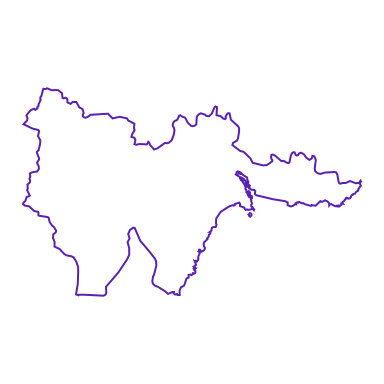 the district of Kutai Timur, Kalimantan Timur, Indonesia
{"feature_id": "22746128B75924443266043", "entity_name": "Kutai Timur", "entity_type": "district", "adm_level": 2, "iso_a3": "IDN", "parent_name": "Indonesia", "parent_adm1": "Kalimantan Timur", "projection": "orthographic", "projection_center": [118.078, 0.931], "detail": "fine", "context": "isolated", "style": "outline", "palette": "violet", "viewbox_px": 384, "rotation_deg": 0, "n_neighbors": 0, "source": "geoboundaries", "source_scale": "gbopen_adm2", "svg_char_len": 6017}
<svg xmlns="http://www.w3.org/2000/svg" viewBox="0 0 384 384"><path d="M43.3,88.8L41.4,95.9L40.5,97.2L40.2,98.9L40.7,99.7L38.5,104.6L38.4,106.3L37.2,107.2L37.4,108.4L35.4,109.9L34.0,108.7L30.7,110.2L26.4,115.4L27.5,118.1L27.0,120.6L23.5,124.2L32.3,128.5L38.3,130.0L39.1,131.1L38.0,136.1L40.3,140.3L40.1,143.8L38.6,150.3L36.9,151.7L36.8,152.6L39.1,158.4L39.0,159.5L37.0,162.7L38.7,166.4L38.9,168.9L37.2,171.5L31.7,172.4L29.8,173.6L30.3,176.5L29.4,178.8L30.2,180.4L29.8,182.5L27.4,184.7L27.8,188.2L27.1,190.1L29.8,195.6L28.9,196.3L26.7,196.9L25.4,200.9L23.4,202.9L23.0,204.2L25.1,205.7L29.2,206.4L34.2,211.0L38.0,211.8L38.5,212.9L38.3,215.0L38.9,215.7L47.8,217.1L48.7,217.8L49.6,221.9L51.8,225.3L54.2,227.3L56.2,230.9L55.7,232.4L53.3,234.3L53.0,237.9L54.6,241.9L54.5,246.6L59.7,249.1L64.3,254.0L66.3,255.3L71.0,256.2L73.6,257.3L76.3,261.7L78.1,267.0L78.2,272.1L77.8,283.7L76.0,294.4L78.4,295.2L78.5,294.8L83.5,294.7L103.3,295.7L104.9,295.1L105.9,294.1L106.3,292.5L106.0,286.8L118.4,272.4L126.7,260.0L129.2,255.0L129.2,248.1L127.6,242.2L129.6,238.4L128.2,234.0L130.0,229.9L133.1,227.8L134.7,227.9L140.2,240.7L148.7,250.7L154.9,258.6L156.0,260.9L156.4,265.3L153.9,275.2L153.1,276.2L152.3,281.2L152.9,283.7L154.8,285.6L157.7,286.7L165.2,291.3L168.0,293.9L172.3,292.1L173.9,292.0L173.6,293.2L175.0,294.5L177.1,294.1L177.5,295.0L179.7,295.0L179.6,290.5L181.1,287.1L183.6,286.0L184.4,284.9L186.5,278.5L188.6,277.6L188.6,274.9L191.0,274.6L191.4,275.1L192.9,274.1L193.0,273.2L194.6,273.5L195.4,272.5L195.3,270.7L194.1,269.8L195.7,268.3L194.2,268.0L194.8,267.5L194.1,267.0L194.6,266.9L194.4,266.1L196.1,264.9L194.7,261.1L195.7,261.7L195.1,261.0L195.9,260.8L196.3,261.6L196.9,261.6L198.3,259.7L198.3,256.5L199.8,253.1L199.2,252.3L199.6,251.5L198.7,251.3L199.6,250.1L198.3,249.7L199.8,249.6L200.9,250.8L200.4,251.6L201.7,251.7L203.9,250.3L204.7,248.9L205.0,248.0L203.9,246.0L203.6,243.8L204.1,242.3L207.5,239.1L207.1,238.4L208.6,236.9L209.0,234.6L210.4,233.6L210.3,231.9L209.9,231.9L211.3,230.9L211.9,227.7L213.2,227.1L215.8,226.9L216.1,226.3L216.5,224.6L216.0,223.6L216.2,218.5L220.7,211.8L229.2,206.4L232.5,205.3L234.5,205.7L234.8,206.2L234.3,204.7L234.8,204.0L239.2,202.6L240.0,203.8L240.1,206.1L244.3,207.6L244.7,208.9L245.7,209.9L247.0,209.4L248.1,209.9L252.2,209.1L252.4,207.0L251.3,206.5L251.1,205.0L252.1,203.4L251.1,200.9L251.3,200.2L250.3,197.5L248.5,196.2L247.4,193.4L246.3,192.1L246.5,190.4L245.4,188.8L245.7,186.4L244.8,185.8L244.2,183.6L243.4,183.1L242.6,181.7L242.6,180.6L242.2,180.0L240.9,180.0L240.3,178.7L240.8,178.6L241.0,179.0L241.2,178.1L240.0,178.1L239.8,176.9L238.0,175.9L237.8,175.1L236.3,174.0L237.2,175.5L235.8,174.4L236.7,173.3L236.6,172.2L237.8,171.4L240.4,172.3L243.3,175.2L247.1,177.5L247.4,180.1L248.4,181.9L247.9,184.2L249.8,185.6L249.4,187.1L249.9,188.7L251.4,189.7L254.3,190.0L255.3,191.2L254.8,194.0L256.2,195.2L272.8,199.2L285.2,201.2L287.7,202.5L287.6,205.2L290.7,206.5L293.4,205.7L294.9,204.3L296.1,204.4L295.7,203.3L297.2,202.3L298.0,202.8L299.1,201.9L302.2,203.4L303.2,203.1L304.8,204.2L310.8,205.9L311.4,205.8L311.6,205.1L315.7,205.7L320.4,201.1L321.2,201.8L322.7,201.6L325.1,200.3L327.4,201.4L329.1,203.2L329.2,205.3L329.7,204.6L331.2,204.1L335.0,206.2L337.9,206.2L337.6,205.6L339.0,205.5L339.3,205.8L338.1,206.5L339.0,206.6L341.4,204.7L341.3,203.6L342.9,203.7L342.2,202.9L342.5,202.0L344.0,201.1L345.9,198.2L346.6,198.5L346.9,197.8L348.5,198.6L350.1,198.3L350.7,197.1L351.7,196.5L350.9,196.9L351.6,195.2L352.7,194.9L353.1,194.1L355.0,193.6L356.2,191.8L358.2,190.7L358.4,190.0L358.1,190.3L357.9,190.3L359.3,187.6L360.8,185.7L359.8,183.4L360.0,182.4L361.0,181.6L360.5,180.7L359.7,182.2L358.4,183.0L355.6,183.2L350.0,181.0L345.7,183.0L342.7,183.0L340.2,183.7L339.2,183.2L338.6,181.8L337.4,174.8L336.1,172.4L334.9,172.0L324.7,172.6L320.6,173.9L317.7,173.3L315.2,171.3L314.7,168.7L315.8,160.1L314.5,156.4L312.4,155.9L311.7,158.5L309.3,159.9L306.2,157.6L303.9,154.3L301.1,152.7L299.2,153.3L297.9,155.3L296.6,155.5L295.5,154.7L294.6,152.3L293.3,152.3L292.0,153.1L290.9,155.5L289.4,162.4L288.6,163.1L286.6,162.7L283.8,160.9L281.3,161.0L274.8,155.4L272.9,154.6L271.5,154.8L271.1,156.1L271.3,158.6L272.3,160.1L272.3,161.3L266.9,165.1L263.1,165.4L252.7,162.8L250.4,158.4L244.3,152.4L242.8,151.5L240.4,151.1L232.4,145.1L233.0,142.9L236.9,140.7L238.0,138.3L239.1,131.4L239.1,128.2L238.2,126.4L230.9,119.7L229.6,113.4L228.0,113.2L226.8,114.5L225.7,116.3L225.7,118.6L224.9,119.1L223.3,118.6L220.5,116.1L216.5,115.2L217.0,107.1L215.6,106.5L214.6,107.1L211.7,113.8L208.9,116.3L206.3,115.9L205.0,114.6L200.7,113.3L198.2,114.8L196.8,116.7L196.3,124.4L194.8,125.7L192.6,126.2L191.2,125.9L187.7,122.6L185.5,118.3L184.6,117.4L182.0,116.5L180.4,115.3L179.2,115.6L177.7,119.0L176.6,120.3L175.1,120.7L173.6,122.0L172.8,124.2L172.8,125.9L173.9,127.7L174.5,130.2L173.8,134.6L171.7,140.2L169.1,142.5L167.6,143.2L164.8,143.0L157.5,148.3L154.1,149.5L150.2,145.1L149.3,142.9L148.3,141.9L146.9,144.4L139.5,144.0L136.3,144.8L134.5,144.1L135.4,140.0L134.4,137.8L131.4,136.8L132.3,134.0L134.6,130.2L134.0,127.9L134.4,123.7L128.3,120.6L127.0,118.4L119.8,116.8L112.6,118.4L108.0,113.7L90.7,114.8L87.5,117.0L85.3,117.7L84.0,117.4L82.8,116.2L82.8,114.8L83.7,112.9L82.5,109.0L79.4,107.5L76.3,102.0L72.6,102.0L70.6,103.9L67.5,102.4L67.3,99.2L66.8,98.5L65.8,97.7L63.7,98.4L62.5,97.8L61.9,93.1L58.1,90.1L51.7,90.2L47.0,88.3L45.9,89.0L43.3,88.8ZM243.8,179.0L241.7,177.7L241.6,178.5L242.8,180.2L243.3,182.5L244.3,183.5L245.6,186.0L246.4,186.9L247.0,186.8L247.4,186.6L246.0,182.8L246.4,182.3L244.8,180.1L243.6,179.5L243.8,179.0ZM251.2,213.6L249.9,213.1L248.5,214.5L249.3,216.2L250.3,216.7L251.5,215.4L251.2,213.6ZM249.9,192.3L248.8,191.1L248.0,191.9L249.2,195.5L250.0,195.1L249.9,192.3ZM249.3,187.7L249.4,185.6L248.7,185.3L248.6,187.1L249.0,188.2L249.6,188.2L249.3,187.7ZM251.1,195.9L250.6,196.4L251.1,196.3L250.9,196.8L252.0,197.6L252.1,196.6L251.1,195.9ZM253.9,210.2L254.2,209.5L253.6,208.8L253.3,209.5L253.9,210.2ZM239.7,173.7L239.3,172.8L238.4,171.9L239.1,173.5L239.7,173.7Z" fill="none" stroke="#5b21b6" stroke-width="2"/></svg>